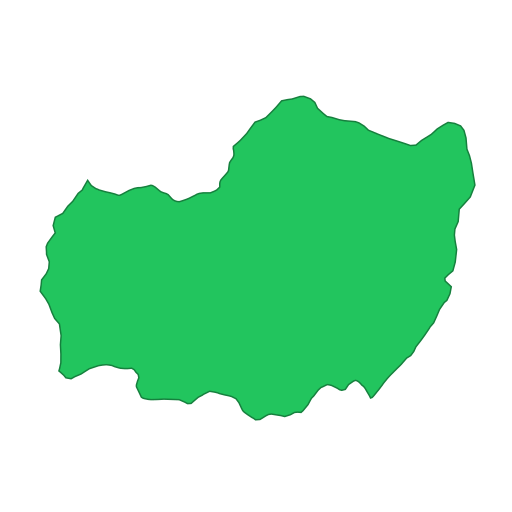 the district of Dunglegang, Chirang, Bhutan, rotated 5°
{"feature_id": "84629894B69062019287868", "entity_name": "Dunglegang", "entity_type": "district", "adm_level": 2, "iso_a3": "BTN", "parent_name": "Bhutan", "parent_adm1": "Chirang", "projection": "albers", "projection_center": [90.201, 27.012], "detail": "fine", "context": "isolated", "style": "filled", "palette": "green", "viewbox_px": 512, "rotation_deg": 5, "n_neighbors": 0, "source": "geoboundaries", "source_scale": "gbopen_adm2", "svg_char_len": 3798}
<svg xmlns="http://www.w3.org/2000/svg" viewBox="0 0 512 512"><g transform="rotate(5 256 256)"><path d="M353.1,382.3L356.6,381.1L359.4,376.0L362.4,373.5L364.1,372.1L366.0,371.2L367.8,371.6L369.6,372.6L371.3,374.0L372.6,375.3L374.6,376.6L376.3,378.4L378.4,381.4L381.2,385.3L382.5,387.5L384.0,386.8L385.0,385.6L386.0,384.2L387.3,382.3L388.4,380.6L389.6,378.9L390.7,377.2L391.8,375.4L392.9,373.7L393.9,371.9L395.0,370.2L396.2,368.5L397.3,366.8L398.5,365.2L399.8,363.5L401.1,361.9L402.4,360.4L403.7,358.8L405.0,357.3L406.3,355.7L407.7,354.1L409.0,352.6L410.3,351.0L411.5,349.3L412.7,347.7L413.9,346.0L415.0,344.5L418.8,341.7L421.5,337.3L423.2,332.5L424.3,330.8L425.4,329.1L426.5,327.4L427.6,325.7L428.7,323.9L429.7,322.2L430.8,320.4L431.8,318.6L432.8,316.8L433.8,315.0L434.8,313.2L435.6,311.5L438.8,307.1L441.3,300.0L443.5,293.2L447.6,285.9L450.0,283.6L452.5,276.7L453.2,269.6L446.6,264.4L446.0,261.6L449.2,257.8L453.4,253.6L455.0,244.7L455.3,232.1L453.1,224.0L451.8,217.9L451.8,211.8L454.4,204.1L454.4,191.6L458.6,186.2L464.3,178.5L467.9,166.3L464.7,153.8L462.5,144.8L459.9,137.4L456.8,131.2L454.9,120.1L452.2,112.7L448.5,108.6L442.3,106.6L435.7,106.2L431.0,109.4L425.5,113.6L420.0,119.6L410.8,126.5L405.7,131.6L400.2,132.5L394.7,131.1L386.9,129.3L378.2,127.4L367.1,124.1L357.0,120.9L354.7,119.0L352.4,117.2L346.9,114.4L343.2,113.5L332.2,113.5L327.1,113.0L319.5,111.4L314.5,110.9L310.4,108.1L304.4,103.5L301.2,97.9L296.6,94.7L289.7,92.8L286.0,93.3L278.2,96.5L274.1,97.4L268.0,99.2L263.0,106.2L259.3,110.8L253.8,117.3L248.3,120.5L243.4,122.7L239.2,129.5L236.1,134.8L230.3,142.2L227.7,145.0L223.9,148.8L224.0,151.2L224.6,153.0L225.1,155.9L225.2,157.6L224.6,159.9L222.9,162.7L221.6,165.2L221.4,167.1L221.2,173.0L220.7,174.6L218.9,177.2L215.6,181.6L214.3,183.5L213.7,185.4L213.6,187.1L213.9,190.5L211.1,193.7L208.9,195.1L205.0,197.1L197.9,197.7L194.1,198.6L191.8,199.6L190.0,200.9L188.1,202.0L184.4,204.3L181.9,205.6L179.7,206.6L176.7,207.9L174.8,208.6L172.5,208.6L170.3,208.1L168.5,207.3L167.0,206.2L163.2,202.6L161.2,201.7L158.3,201.1L155.6,200.3L153.7,199.1L149.6,196.2L146.8,194.9L145.1,194.7L140.6,196.4L135.4,197.9L132.2,198.3L128.8,199.3L123.8,201.8L117.1,206.2L115.0,207.4L113.3,207.5L110.1,206.6L104.8,205.7L100.7,205.2L93.9,203.9L92.4,203.3L90.7,202.9L88.3,201.6L85.8,200.2L83.9,198.0L81.7,195.3L77.9,203.5L77.2,205.4L73.4,209.1L68.7,217.5L64.2,222.8L59.8,230.4L52.7,234.9L51.3,243.4L54.0,250.5L51.5,254.4L50.4,256.2L47.3,261.4L46.2,265.1L47.0,270.5L47.2,272.6L50.6,279.8L50.6,286.6L48.6,292.0L44.5,298.5L44.5,303.6L44.1,309.9L50.2,316.8L53.9,322.1L57.8,330.3L60.9,335.8L66.1,340.8L68.8,352.3L68.9,361.4L70.2,370.7L70.9,379.4L70.2,385.1L69.7,387.7L71.3,388.8L75.0,391.6L77.2,393.9L82.5,394.4L86.0,392.0L90.5,389.6L92.0,388.8L96.1,385.6L99.8,382.8L108.6,379.0L112.5,378.0L116.4,377.3L119.3,377.4L122.0,377.6L124.7,378.5L128.7,379.3L130.6,379.6L135.0,379.6L138.1,379.3L141.9,378.6L144.6,379.9L146.6,382.3L149.0,384.3L149.4,385.8L149.9,387.5L148.9,390.9L148.1,395.0L148.3,396.7L151.8,402.6L154.1,406.6L155.9,407.5L157.6,407.8L161.2,408.2L164.1,408.2L167.8,407.8L171.1,407.4L176.7,406.6L192.0,405.8L197.9,407.8L200.6,409.0L202.3,408.8L204.2,408.5L206.3,406.3L210.8,401.7L214.5,399.4L215.8,398.3L221.6,394.8L226.8,395.2L230.0,395.7L231.5,396.2L237.0,397.1L239.6,397.4L241.2,397.6L243.9,398.1L248.5,399.9L251.8,403.6L253.7,406.9L255.0,409.2L256.3,411.2L257.9,412.6L261.4,414.7L266.0,417.2L267.9,418.0L269.8,419.2L274.2,418.5L276.1,417.1L279.8,414.3L282.2,412.8L285.0,412.1L294.8,412.8L298.6,413.4L304.1,411.1L308.0,408.5L311.1,407.9L314.5,407.9L316.3,406.0L320.7,399.6L322.8,394.7L323.7,392.8L325.7,390.4L329.6,384.2L332.2,381.3L333.6,380.6L338.1,377.9L340.1,378.0L342.4,378.3L345.6,379.5L347.2,380.1L348.9,380.8L350.9,381.9L353.1,382.3Z" fill="#22c55e" stroke="#15803d" stroke-width="1.5"/></g></svg>